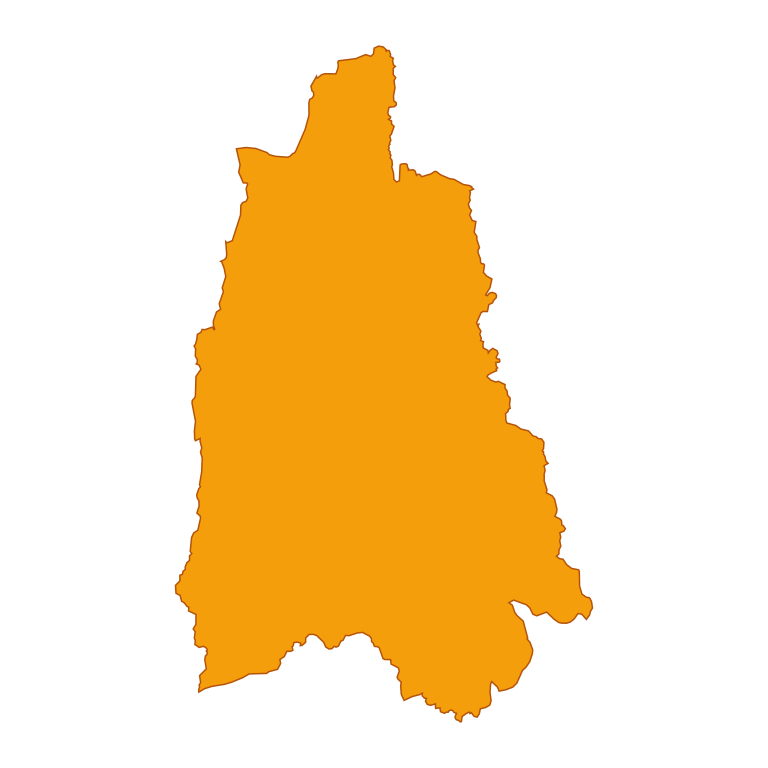 outline of Moramanga, Alaotra-Mangoro, Madagascar
{"feature_id": "10022922B82658288648411", "entity_name": "Moramanga", "entity_type": "district", "adm_level": 2, "iso_a3": "MDG", "parent_name": "Madagascar", "parent_adm1": "Alaotra-Mangoro", "projection": "albers", "projection_center": [48.208, -18.729], "detail": "fine", "context": "isolated", "style": "filled", "palette": "amber", "viewbox_px": 768, "rotation_deg": 0, "n_neighbors": 0, "source": "geoboundaries", "source_scale": "gbopen_adm2", "svg_char_len": 6081}
<svg xmlns="http://www.w3.org/2000/svg" viewBox="0 0 768 768"><path d="M195.9,624.4L193.2,629.0L195.2,631.7L194.3,638.2L195.3,640.2L194.9,644.5L199.2,647.4L203.7,646.3L206.7,648.4L207.4,650.0L206.3,651.0L207.2,652.3L207.1,654.4L205.4,656.0L204.8,659.7L206.3,668.9L199.6,675.6L200.6,682.6L199.1,685.1L199.6,687.0L198.6,689.8L198.9,692.1L204.5,688.7L211.8,686.4L224.6,684.3L231.4,682.3L242.8,677.6L249.2,673.9L266.6,673.4L268.8,671.7L277.6,669.3L280.6,663.5L279.9,659.6L284.4,656.5L286.8,651.3L290.6,651.3L292.9,650.3L292.1,646.7L293.2,645.8L293.8,642.7L296.7,642.1L299.9,642.8L300.8,643.5L300.2,645.6L302.1,645.4L305.6,642.3L305.7,637.9L309.2,634.5L313.1,634.3L316.8,635.6L323.9,642.5L325.6,646.8L328.9,649.0L331.8,648.7L334.2,646.4L336.1,647.1L338.4,646.2L340.8,641.2L343.1,640.2L345.5,635.4L349.0,635.7L357.2,633.0L362.5,632.4L369.7,636.2L371.4,638.5L371.6,641.6L373.2,643.1L374.4,646.4L377.9,646.8L379.3,647.9L383.0,658.6L384.8,659.5L390.6,659.6L391.1,664.1L398.3,667.8L399.3,671.1L397.1,677.3L398.2,679.4L401.2,682.1L400.7,685.7L401.3,694.3L404.1,700.4L412.1,696.6L419.7,694.6L422.4,693.2L422.2,695.7L424.4,698.1L426.4,698.3L425.5,701.4L427.3,704.4L430.6,705.3L435.4,703.9L435.6,708.4L439.9,707.8L440.5,711.7L444.6,713.3L446.2,712.2L448.2,712.2L448.8,710.9L450.7,710.1L452.5,710.3L453.9,712.4L456.5,713.3L455.1,716.6L455.3,718.2L456.3,719.7L458.9,720.5L460.2,721.9L461.4,721.6L462.1,716.5L466.7,713.2L469.4,712.1L470.0,713.6L471.4,712.7L474.0,716.3L477.1,717.2L479.3,713.8L480.3,708.8L485.6,707.5L489.8,705.1L491.1,700.8L490.0,692.2L490.6,684.0L491.7,681.6L497.5,687.1L499.1,691.1L505.4,689.9L512.7,687.2L516.8,683.2L522.5,670.4L525.9,667.3L529.8,661.6L532.4,653.5L532.7,649.8L530.0,642.4L527.0,638.8L527.7,638.0L523.2,621.1L516.8,615.4L514.8,612.4L512.3,605.1L508.9,602.7L513.7,600.1L526.5,604.8L529.7,607.8L532.9,614.2L536.7,615.8L546.7,612.1L554.0,619.2L558.8,622.5L561.3,623.1L566.6,623.2L570.1,622.1L574.0,619.1L578.1,613.5L581.9,614.3L586.4,619.4L589.5,615.1L590.6,611.1L592.5,608.0L591.5,601.6L590.0,598.5L589.1,597.6L586.3,597.2L582.0,594.2L579.6,586.2L579.3,571.5L578.6,569.8L571.6,568.4L566.7,564.7L563.0,559.2L559.8,558.8L556.4,556.3L558.9,554.0L559.0,549.9L560.8,546.1L559.7,540.7L560.7,537.3L559.8,532.7L563.7,531.3L565.4,528.7L563.2,525.6L561.9,525.1L561.5,520.9L560.5,519.3L554.9,516.3L556.6,512.2L556.9,509.0L554.6,499.2L552.2,495.8L546.3,492.8L547.0,489.7L544.2,481.1L544.2,473.9L545.1,470.6L544.1,465.7L548.1,463.3L545.8,461.0L545.1,456.9L543.5,453.9L543.6,451.9L542.3,451.0L543.6,448.4L543.9,442.3L541.7,439.0L537.8,438.4L536.4,436.8L532.9,435.9L528.5,430.9L520.8,429.0L515.9,425.5L506.9,423.0L505.9,420.3L505.6,413.5L508.0,411.5L508.4,409.3L510.2,408.4L509.5,404.9L510.2,399.3L510.0,397.8L507.7,395.5L506.9,390.5L504.9,388.1L505.1,384.6L498.2,381.3L495.9,382.1L490.7,380.1L487.1,376.7L487.9,375.1L490.7,373.3L496.7,370.6L496.1,369.0L497.6,367.9L496.2,366.1L495.9,362.4L499.1,362.2L499.8,361.5L499.5,359.2L497.2,358.9L496.1,357.4L498.0,353.5L497.0,350.7L492.8,348.4L490.3,350.1L488.3,352.9L487.9,350.4L483.2,347.9L482.9,343.7L483.6,341.7L480.5,340.6L481.3,338.3L479.8,334.2L480.9,331.1L478.0,326.6L478.8,324.2L477.3,324.8L476.6,322.8L481.0,312.8L482.8,311.5L487.4,311.5L488.8,304.6L492.5,302.9L493.6,300.4L496.2,297.7L496.5,295.7L495.6,293.6L492.1,292.4L489.5,293.1L487.2,295.7L485.6,294.9L490.0,287.7L491.9,279.0L486.7,276.1L483.4,272.4L484.5,265.2L483.8,264.0L481.6,263.6L480.6,262.5L480.3,258.6L478.1,252.9L478.0,250.0L479.5,247.8L476.9,239.7L476.8,236.2L474.2,232.4L475.9,221.5L472.2,220.5L469.6,215.0L471.5,210.5L469.3,207.7L468.4,203.9L470.2,200.2L469.5,197.7L470.4,192.4L469.7,190.8L473.5,189.1L471.4,187.4L471.7,186.8L469.6,185.6L463.3,184.5L454.0,179.3L449.6,178.7L440.6,174.8L436.2,171.5L434.6,171.5L431.0,173.9L421.8,176.7L419.8,174.5L417.8,174.3L416.5,175.3L415.2,171.2L413.3,169.7L408.3,170.3L408.6,168.6L407.6,167.6L407.1,164.5L405.4,163.6L401.2,164.1L400.1,165.0L399.4,180.8L396.4,182.0L393.9,179.4L393.5,173.1L391.7,166.7L392.4,164.9L391.9,160.2L390.2,158.0L390.9,155.0L389.9,154.2L390.1,151.7L388.3,149.8L389.1,148.6L388.7,145.6L390.0,144.2L389.5,143.3L390.8,140.3L389.8,136.0L391.4,134.1L394.1,126.4L391.6,124.1L391.5,120.9L388.5,119.5L390.3,118.1L390.6,116.8L388.2,114.8L387.9,112.2L389.0,107.3L394.3,106.7L396.3,105.0L396.1,102.5L393.8,101.0L393.5,95.9L395.0,87.8L394.0,80.8L395.7,77.6L393.2,74.6L393.3,68.2L395.4,66.4L393.3,64.7L392.6,60.3L393.4,58.3L390.2,56.5L390.6,54.5L389.2,50.6L386.8,50.4L385.8,51.7L386.2,49.8L383.3,47.0L378.8,46.1L374.2,48.1L373.5,53.8L370.9,56.3L365.6,54.6L355.6,58.7L338.6,60.8L337.8,62.1L338.3,65.3L337.8,68.8L335.9,73.9L325.0,73.7L321.7,74.7L317.7,77.8L316.7,78.0L316.5,76.4L310.9,86.2L312.0,90.9L313.5,92.3L313.7,95.4L312.5,97.8L309.7,99.5L308.9,102.6L309.0,115.3L305.1,129.5L296.0,150.5L294.5,153.0L292.9,153.4L289.7,156.5L287.3,157.2L275.3,156.3L269.3,154.7L267.0,152.6L255.9,148.5L246.0,147.5L236.4,148.8L240.1,164.9L238.7,172.2L243.3,182.9L246.8,183.0L247.7,184.0L246.1,188.8L247.8,198.0L246.1,201.3L242.7,202.6L240.9,205.1L240.5,215.1L232.3,240.7L226.9,242.8L225.8,241.6L226.7,254.5L226.2,257.9L224.0,259.9L220.8,261.3L221.7,261.8L224.1,268.1L225.8,276.5L222.2,287.9L223.4,291.7L219.2,303.7L220.6,309.3L216.5,312.0L213.3,321.2L213.4,325.3L214.7,328.9L214.3,329.7L213.7,329.4L212.3,327.1L204.9,329.7L202.1,329.4L200.9,332.4L197.4,334.3L196.8,339.6L195.4,344.3L194.1,346.0L195.6,348.8L195.3,356.2L197.4,359.7L197.1,362.7L196.2,363.9L199.1,365.1L200.9,369.3L196.0,376.3L195.4,395.6L194.9,397.6L192.3,400.4L192.0,403.0L195.5,421.3L194.4,431.1L194.7,439.1L195.4,440.7L200.2,438.5L200.1,441.4L201.8,448.0L200.5,452.2L202.2,457.9L201.7,471.7L199.5,484.8L200.4,486.8L198.8,488.7L196.7,494.9L197.2,497.9L198.9,501.0L199.1,506.1L196.9,513.1L200.3,516.2L200.5,518.3L197.8,530.3L193.7,532.9L191.6,537.5L190.2,551.3L191.8,553.6L189.5,555.9L189.5,560.5L186.9,562.6L185.2,566.9L185.3,569.3L183.0,571.4L182.4,574.4L179.9,575.2L179.9,580.9L175.5,585.3L176.0,593.3L180.1,595.4L181.6,601.2L184.4,602.9L186.8,606.2L188.7,607.3L188.6,611.0L196.0,614.4L195.9,624.4Z" fill="#f59e0b" stroke="#b45309" stroke-width="1.5"/></svg>